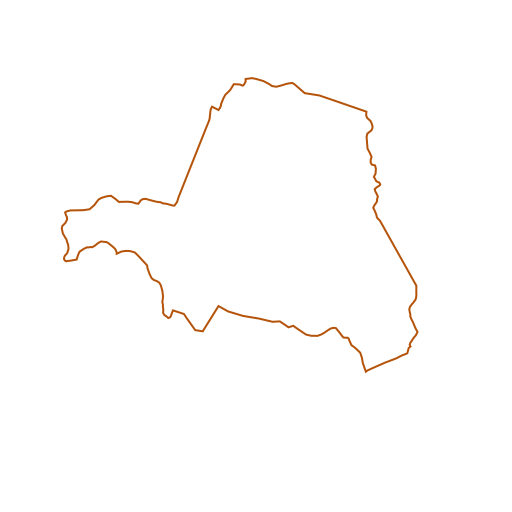 the district of Batangafo, Ouham, Central African Republic, rotated 150°
{"feature_id": "33826404B19230963390716", "entity_name": "Batangafo", "entity_type": "district", "adm_level": 2, "iso_a3": "CAF", "parent_name": "Central African Republic", "parent_adm1": "Ouham", "projection": "robinson", "projection_center": [18.084, 7.412], "detail": "fine", "context": "isolated", "style": "outline", "palette": "amber", "viewbox_px": 512, "rotation_deg": 150, "n_neighbors": 0, "source": "geoboundaries", "source_scale": "gbopen_adm2", "svg_char_len": 3438}
<svg xmlns="http://www.w3.org/2000/svg" viewBox="0 0 512 512"><g transform="rotate(150 256 256)"><path d="M107.6,274.9L110.0,277.2L110.0,279.6L108.4,282.1L106.4,284.0L105.9,288.3L105.7,293.3L100.8,303.6L98.6,306.2L96.6,306.6L93.6,307.0L91.8,308.0L90.3,309.8L89.5,313.4L89.3,315.7L90.7,319.9L90.3,322.7L88.2,325.8L120.9,363.4L132.4,372.7L136.6,384.9L137.9,387.6L140.6,388.8L143.1,389.7L143.9,389.9L149.1,391.1L153.7,392.4L157.1,395.1L158.9,398.8L162.2,403.9L167.4,409.3L170.5,412.0L176.5,414.5L177.1,413.5L177.7,412.3L180.4,410.6L182.1,410.1L182.6,410.4L184.2,412.6L189.3,415.9L194.9,412.9L197.6,412.0L202.1,410.9L205.3,408.9L210.5,404.9L210.9,404.1L211.8,403.2L213.2,402.3L215.5,401.2L219.4,407.3L221.7,405.8L223.4,403.8L224.8,401.8L226.1,400.1L227.4,398.2L229.4,396.3L235.9,391.3L294.1,345.3L295.0,344.4L297.4,342.2L301.5,340.4L303.3,341.7L307.0,345.6L310.5,348.3L311.6,350.1L314.9,352.6L318.1,355.7L321.1,358.7L323.0,360.7L325.8,361.9L327.9,361.8L330.4,360.7L331.7,360.1L333.9,361.8L336.2,364.4L339.4,366.8L343.8,369.3L347.7,371.4L349.2,375.6L351.5,380.7L355.6,382.4L360.7,383.6L364.3,383.6L370.6,380.9L376.8,379.7L382.6,382.0L394.0,388.3L397.8,389.3L399.5,389.2L400.1,386.8L400.3,384.0L401.4,382.0L403.6,380.6L404.4,380.0L408.8,378.8L410.4,377.0L411.3,374.3L412.0,372.0L412.0,368.6L412.0,366.6L411.8,365.5L412.6,362.3L413.1,359.6L414.3,356.9L415.0,355.7L416.7,354.2L417.6,353.2L419.5,352.4L421.3,351.9L422.8,350.7L423.8,349.4L423.8,348.3L423.5,346.9L422.8,346.2L421.9,346.0L419.5,344.9L413.1,342.6L411.2,344.4L408.5,346.7L406.4,348.0L404.4,348.1L401.5,348.3L397.9,348.0L397.3,347.4L394.6,346.4L393.5,345.5L390.5,345.5L385.9,346.2L382.8,346.0L381.0,344.6L378.5,342.8L377.4,341.0L377.1,340.1L375.7,336.5L374.9,334.2L374.4,331.9L374.7,330.1L374.9,328.6L375.5,327.6L373.3,327.4L370.5,327.2L369.5,326.8L366.7,325.8L363.7,324.0L361.8,322.5L359.1,319.5L358.0,315.6L355.0,302.3L356.1,299.6L356.6,296.9L357.2,293.3L357.5,289.0L356.4,286.2L354.5,284.0L353.1,281.2L353.1,278.1L354.5,272.7L355.3,270.8L356.7,267.6L357.7,266.1L360.2,262.9L361.0,260.2L361.9,258.8L363.2,255.7L364.9,253.2L364.9,250.7L363.8,248.6L363.0,246.1L361.0,245.9L360.0,246.4L355.1,250.4L347.4,241.8L347.1,236.9L345.7,222.2L339.8,217.4L313.5,231.4L308.0,222.1L297.2,210.6L284.8,200.4L274.5,190.7L268.1,187.5L265.7,182.7L263.5,178.0L258.6,176.9L257.0,173.3L252.0,163.0L248.2,159.4L245.2,157.6L242.7,156.1L238.7,155.4L235.1,155.4L230.1,155.8L227.2,155.8L224.5,154.9L222.8,153.5L222.5,151.3L222.0,148.6L221.5,144.5L221.1,141.8L219.3,140.4L217.6,139.5L217.0,138.2L217.4,136.3L217.9,130.9L216.6,128.2L215.5,125.0L214.1,120.1L215.1,115.1L217.0,109.9L218.7,100.9L216.5,101.1L216.2,101.1L208.1,100.3L198.0,99.2L185.6,97.2L185.1,97.2L179.3,96.9L174.8,96.2L173.6,96.1L169.7,100.0L167.4,100.4L167.3,102.3L165.2,104.0L163.8,104.5L161.9,105.6L159.6,106.6L157.2,107.4L154.8,109.0L154.1,109.6L154.0,113.3L153.7,116.2L153.2,119.8L153.0,123.8L152.5,126.8L151.5,128.3L150.9,130.6L149.9,133.2L148.1,135.0L145.2,136.3L143.2,136.9L139.6,138.5L138.1,140.0L136.6,142.0L135.9,143.4L132.0,150.1L131.0,224.6L131.9,228.0L131.9,229.2L131.1,231.9L130.7,234.6L130.5,236.6L130.4,239.1L128.5,240.5L125.5,241.9L123.9,242.8L122.8,244.6L120.7,246.6L120.6,247.9L120.4,250.4L120.4,252.1L119.8,254.5L118.7,254.8L116.8,255.2L114.4,255.2L112.8,255.6L112.5,256.8L112.5,257.9L113.9,259.7L114.4,260.7L114.3,265.6L111.1,267.7L110.2,269.2L108.6,271.5L107.6,274.9Z" fill="none" stroke="#b45309" stroke-width="2"/></g></svg>